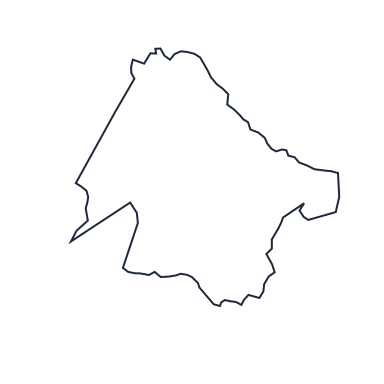 the district of Taquaral de Goiás, Goiás, Brazil, rotated 307°
{"feature_id": "56859067B36818753326646", "entity_name": "Taquaral de Goiás", "entity_type": "district", "adm_level": 2, "iso_a3": "BRA", "parent_name": "Brazil", "parent_adm1": "Goiás", "projection": "natural_earth1", "projection_center": [-49.592, -16.048], "detail": "fine", "context": "isolated", "style": "outline", "palette": "slate", "viewbox_px": 384, "rotation_deg": 307, "n_neighbors": 0, "source": "geoboundaries", "source_scale": "gbopen_adm2", "svg_char_len": 1367}
<svg xmlns="http://www.w3.org/2000/svg" viewBox="0 0 384 384"><g transform="rotate(307 192 192)"><path d="M137.1,298.4L143.8,299.0L147.9,309.6L155.6,308.8L161.9,305.1L170.8,304.1L177.6,306.4L182.6,299.2L187.2,288.7L194.9,289.8L202.2,284.3L214.7,282.9L220.7,281.8L226.5,280.1L250.5,288.3L241.9,289.0L239.3,296.2L239.7,301.7L262.5,318.9L271.8,314.7L276.6,312.6L295.0,297.2L292.4,290.7L288.4,284.1L283.8,275.9L282.3,267.4L280.0,259.8L281.5,253.0L279.0,247.1L282.1,242.2L280.1,238.3L275.1,234.8L274.3,229.6L276.0,222.9L279.0,217.6L279.4,209.2L277.1,201.0L281.5,194.7L280.9,189.2L282.1,184.2L283.2,175.5L283.0,167.6L287.6,164.7L291.9,162.2L293.0,154.5L293.0,146.8L295.0,138.2L299.0,130.2L301.5,124.3L304.3,117.6L303.8,110.7L301.1,104.2L297.7,98.5L291.8,95.1L284.4,94.8L284.3,87.9L287.6,80.5L284.3,76.5L281.0,80.0L277.7,75.3L265.7,76.5L262.1,65.1L255.6,67.9L250.6,71.8L247.8,77.8L225.8,80.5L211.5,82.2L129.1,93.9L129.7,100.1L129.5,107.0L125.5,112.1L120.5,114.8L115.1,116.9L112.2,119.9L106.5,126.0L91.5,123.1L79.7,125.1L146.4,149.0L142.1,160.5L134.7,167.4L89.8,182.5L89.8,189.2L92.8,195.4L95.8,199.6L99.8,207.6L105.7,210.2L105.3,218.2L110.8,224.7L115.6,229.3L119.8,232.1L122.8,237.7L124.0,242.9L122.9,251.6L120.2,255.3L115.4,276.9L117.7,282.9L121.5,281.8L125.5,283.3L127.8,288.3L130.6,293.3L131.6,299.4L137.1,298.4Z" fill="none" stroke="#1e293b" stroke-width="2"/></g></svg>